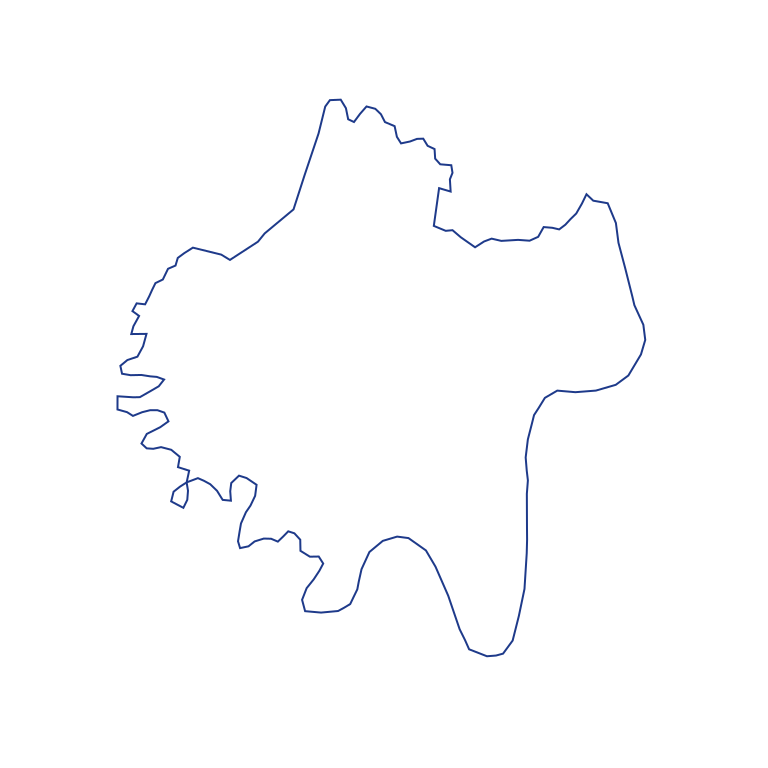 Alecrim, Rio Grande do Sul, Brazil, rotated 168°
{"feature_id": "56859067B981200421316", "entity_name": "Alecrim", "entity_type": "district", "adm_level": 2, "iso_a3": "BRA", "parent_name": "Brazil", "parent_adm1": "Rio Grande do Sul", "projection": "robinson", "projection_center": [-54.76, -27.646], "detail": "fine", "context": "isolated", "style": "outline", "palette": "blue", "viewbox_px": 768, "rotation_deg": 168, "n_neighbors": 0, "source": "geoboundaries", "source_scale": "gbopen_adm2", "svg_char_len": 2540}
<svg xmlns="http://www.w3.org/2000/svg" viewBox="0 0 768 768"><g transform="rotate(168 384 384)"><path d="M597.5,328.8L585.6,330.6L580.3,326.8L574.8,322.1L569.5,314.2L565.9,304.2L558.0,301.7L556.7,311.1L554.0,318.9L544.9,324.5L538.0,320.6L529.6,311.9L533.3,301.4L539.9,292.8L545.7,287.3L552.9,277.3L555.9,269.8L559.5,260.5L558.9,253.4L550.3,253.4L543.3,256.9L533.7,257.8L526.6,256.1L520.6,251.9L514.3,255.8L508.3,259.8L502.7,256.6L498.3,249.1L500.4,238.2L492.4,230.5L483.7,228.8L480.8,221.0L486.0,214.8L493.4,207.5L502.1,200.4L509.0,189.9L508.4,178.2L493.1,173.5L476.1,171.5L469.4,173.5L462.8,175.8L457.7,182.4L452.8,188.7L449.7,196.1L444.5,207.5L433.2,222.7L417.8,230.8L402.9,232.0L392.1,228.2L377.6,212.5L371.6,194.6L365.2,163.5L361.0,128.4L358.0,116.7L355.9,106.8L339.9,96.3L330.9,95.1L323.6,95.5L311.5,106.3L300.3,129.1L289.2,154.3L279.6,188.7L276.4,202.0L274.1,213.3L267.1,246.9L263.3,259.8L262.4,269.5L260.7,282.7L254.8,299.9L248.0,313.6L243.7,322.4L237.8,328.3L229.5,337.0L215.9,341.5L198.5,336.2L178.1,333.5L157.5,335.0L143.2,341.5L126.5,359.5L119.3,372.8L118.0,388.0L122.7,409.0L122.9,418.0L124.0,447.3L125.3,473.4L123.7,493.2L127.6,514.3L141.2,519.8L146.5,527.5L152.9,519.3L160.5,510.8L167.3,506.5L173.5,502.1L180.5,498.8L186.9,501.8L195.2,504.3L202.6,495.9L211.8,493.9L222.9,497.1L239.5,499.6L248.5,503.8L256.5,502.6L266.5,498.8L278.4,511.6L285.0,520.2L291.8,521.0L302.4,528.3L289.4,564.1L278.8,558.4L277.0,570.5L273.1,576.3L272.7,584.0L283.3,587.2L287.1,593.8L285.7,603.3L291.8,607.9L294.6,615.8L300.7,616.9L308.1,615.8L317.3,615.8L320.0,623.1L320.0,634.0L328.6,640.0L330.9,648.5L335.3,655.0L343.4,659.1L351.3,653.2L358.9,646.5L364.0,650.4L363.9,661.7L367.2,671.1L377.9,672.9L383.8,667.6L395.9,642.7L418.2,604.9L436.2,573.6L469.4,556.1L477.7,549.4L508.9,537.4L516.3,544.4L542.6,557.1L552.0,553.6L559.5,550.2L563.3,543.2L571.3,541.6L578.6,532.2L586.6,530.2L591.3,524.2L595.5,518.5L601.1,511.6L609.2,514.3L614.9,507.6L609.4,501.5L617.1,492.6L620.8,485.4L605.9,482.4L611.8,471.0L619.5,462.0L630.0,460.8L638.1,456.6L638.1,448.5L630.0,445.3L619.5,443.3L611.1,440.1L604.8,438.2L598.2,434.1L604.8,428.6L613.6,425.7L625.5,421.9L631.9,423.1L647.2,427.4L650.0,414.5L641.2,409.9L636.2,405.0L626.4,406.7L618.1,407.0L611.1,405.5L604.8,401.7L602.6,392.3L611.8,388.3L626.4,384.5L633.6,376.2L629.5,370.4L623.2,368.6L615.2,368.6L605.8,363.9L598.9,355.2L602.8,345.5L592.6,339.7L597.5,328.8ZM597.5,328.8L604.9,326.0L612.2,322.4L616.6,313.4L606.0,304.6L600.5,311.6L597.9,320.4L597.5,328.8Z" fill="none" stroke="#1e3a8a" stroke-width="2"/></g></svg>